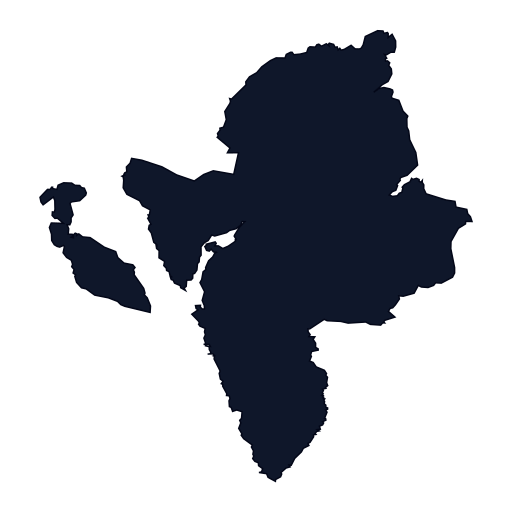 Frogn nor, Akershus, Norway (Natural Earth projection)
{"feature_id": "86288312B20700127257552", "entity_name": "Frogn nor", "entity_type": "district", "adm_level": 2, "iso_a3": "NOR", "parent_name": "Norway", "parent_adm1": "Akershus", "projection": "natural_earth1", "projection_center": [10.666, 59.695], "detail": "fine", "context": "isolated", "style": "filled", "palette": "ink", "viewbox_px": 512, "rotation_deg": 0, "n_neighbors": 0, "source": "geoboundaries", "source_scale": "gbopen_adm2", "svg_char_len": 5992}
<svg xmlns="http://www.w3.org/2000/svg" viewBox="0 0 512 512"><path d="M327.7,385.6L326.6,382.7L327.5,377.3L325.7,375.2L326.5,373.6L324.4,370.3L316.2,366.9L313.2,362.5L309.5,361.0L311.4,356.4L310.6,355.0L311.6,351.5L318.2,350.1L318.1,348.8L315.6,347.4L315.6,343.2L313.1,339.4L314.8,336.8L308.9,336.6L310.1,334.6L308.1,331.7L308.0,328.8L309.7,328.9L324.2,319.3L327.1,320.7L340.8,321.4L348.1,323.1L365.7,322.0L370.4,324.4L380.7,325.1L382.6,322.9L384.6,322.9L383.7,321.9L384.8,320.3L394.9,317.1L388.4,311.4L390.1,308.4L392.7,307.8L395.4,304.8L399.4,299.0L398.7,295.8L403.3,296.2L414.1,293.2L418.3,285.4L421.4,287.0L428.0,287.5L433.6,285.4L435.6,282.8L441.3,283.1L452.5,277.2L454.6,273.0L454.6,267.6L450.8,248.7L451.0,241.5L458.4,228.3L465.5,223.9L465.7,221.4L472.0,221.5L470.4,216.7L467.7,213.7L466.8,209.4L456.0,207.1L455.0,201.4L446.0,200.0L426.1,193.8L423.7,188.7L423.8,184.9L422.2,182.3L422.3,180.5L420.8,182.4L419.1,181.1L419.1,179.5L416.5,178.3L412.9,179.4L411.6,178.4L410.0,181.8L404.4,184.7L402.2,187.2L402.9,187.9L401.8,192.4L399.3,193.2L397.3,195.8L392.5,196.4L389.2,195.0L392.3,191.7L395.8,190.3L397.6,185.6L396.6,184.6L400.3,180.3L399.8,179.0L400.8,177.5L407.1,175.3L417.6,165.1L415.8,152.5L409.7,139.8L408.7,130.9L407.0,127.2L406.8,118.6L407.8,116.1L403.0,111.1L398.8,100.3L392.0,98.2L391.4,96.5L393.0,92.1L392.5,90.0L390.1,88.9L383.9,87.5L379.1,88.5L373.7,92.3L382.4,84.6L388.0,81.5L391.8,73.9L391.3,68.9L388.7,65.4L389.7,62.8L387.6,60.9L385.6,61.1L385.4,58.7L386.7,58.2L384.4,54.4L386.3,54.9L390.7,52.3L394.3,52.2L395.7,47.1L395.6,40.9L392.1,34.3L388.1,37.5L388.2,33.5L387.4,32.5L384.0,33.4L383.0,31.0L377.6,30.7L365.3,36.5L363.2,44.8L361.2,48.2L359.4,49.0L355.1,48.9L351.1,45.3L344.4,49.3L341.2,50.2L339.8,48.3L338.1,49.9L337.2,46.9L335.1,47.3L333.6,44.4L329.3,43.2L328.4,44.3L328.9,45.8L326.3,43.8L321.5,46.2L318.8,44.2L316.9,44.7L315.3,47.1L309.9,46.8L308.2,48.1L306.7,52.5L300.1,54.1L293.8,54.7L292.1,52.3L290.5,52.3L286.3,54.4L285.0,58.0L276.1,57.9L270.4,60.6L261.8,66.8L256.7,72.7L249.5,76.8L245.8,81.8L246.0,84.9L231.5,99.1L229.7,98.6L230.5,101.1L230.0,103.3L224.8,111.5L226.3,119.7L223.5,127.2L219.9,128.2L220.1,130.1L217.5,133.5L218.2,136.1L217.2,137.3L230.0,148.0L227.4,152.8L238.5,152.7L233.7,174.4L213.3,170.8L203.7,174.5L194.3,181.0L176.6,174.9L161.9,166.8L141.8,160.2L131.6,158.4L130.1,163.2L126.4,167.0L126.8,171.8L124.8,172.8L123.9,174.3L124.7,175.0L122.0,176.2L123.2,176.9L123.7,180.3L123.2,187.8L126.9,194.3L139.6,200.7L142.5,205.8L150.3,209.9L149.3,215.0L148.1,214.9L148.9,217.3L147.7,218.2L151.0,224.3L149.2,225.3L148.5,229.1L151.3,232.9L153.8,242.3L156.8,244.6L156.8,245.8L156.1,245.3L156.6,248.5L159.1,250.6L159.0,257.8L164.6,261.4L163.8,265.6L166.3,268.2L166.6,270.5L169.1,271.6L170.0,275.5L171.4,276.7L170.3,276.8L171.2,279.5L173.2,280.2L174.5,283.1L180.3,285.6L180.7,287.7L185.4,290.4L184.1,288.0L186.2,286.4L186.7,280.2L191.1,280.0L192.7,278.2L192.8,274.0L194.6,273.4L196.9,270.0L197.5,263.6L199.1,261.9L199.5,257.2L201.1,255.2L201.0,246.8L204.5,242.6L208.1,240.6L211.7,235.0L214.7,236.0L226.5,232.7L229.6,230.4L236.2,228.7L240.8,224.8L242.0,221.5L244.9,221.6L239.3,227.5L234.7,234.9L234.2,236.1L236.2,239.4L235.2,239.9L235.5,241.2L228.2,246.2L222.8,248.5L218.4,245.9L214.9,245.9L216.2,243.3L215.2,241.9L206.3,244.2L206.9,244.9L204.8,246.5L206.6,250.4L209.3,251.1L211.1,249.1L213.5,251.9L217.4,251.9L214.8,253.1L212.7,257.0L208.6,260.8L205.6,267.6L205.9,269.5L203.1,271.8L201.7,279.6L200.0,282.6L204.6,291.7L202.2,300.4L204.3,305.6L204.5,308.8L202.6,309.2L200.3,307.2L200.5,305.3L195.5,305.6L196.1,308.5L198.0,309.9L191.8,314.2L198.3,320.9L199.5,323.0L198.6,324.2L199.9,326.1L205.2,328.4L204.5,331.9L205.4,334.8L203.9,338.1L205.8,343.8L203.6,344.4L209.1,344.2L210.3,346.4L204.8,345.6L209.2,346.7L209.3,349.6L210.9,352.3L210.0,353.9L207.6,354.1L212.8,353.8L214.5,355.5L213.5,355.9L214.5,356.3L214.1,359.0L220.2,371.0L219.2,373.4L220.4,379.1L223.1,381.2L221.3,383.7L222.9,384.4L222.7,386.2L226.8,393.7L226.5,395.5L229.2,395.8L230.0,398.6L229.0,400.8L229.4,406.6L231.2,407.4L232.6,411.4L236.7,410.0L242.1,411.7L241.5,418.4L239.7,420.3L240.8,422.9L238.7,428.4L242.0,433.9L241.2,435.2L243.7,438.7L252.4,445.1L251.4,447.0L253.5,450.9L252.9,454.3L253.8,456.0L252.7,458.6L254.9,461.4L258.3,462.7L258.6,465.7L262.6,468.6L261.6,471.8L259.0,472.5L266.6,473.7L268.1,477.4L275.4,481.3L275.6,479.5L280.6,476.8L281.7,474.0L280.9,472.6L286.1,468.0L290.1,466.9L289.0,465.0L291.2,465.3L294.7,458.4L301.4,451.9L303.3,448.3L308.9,445.5L307.9,443.4L310.0,442.4L313.6,436.8L313.4,434.8L315.9,434.4L315.0,433.4L316.8,431.4L319.2,430.9L317.2,429.6L320.3,429.2L319.4,426.2L322.6,424.9L323.6,423.0L322.5,421.8L325.9,420.1L325.6,418.6L324.5,418.4L327.0,412.2L325.5,410.0L327.6,409.2L327.6,407.9L325.9,407.5L325.8,405.1L324.2,403.8L324.6,401.5L323.8,400.1L324.7,398.9L323.2,398.6L323.7,397.3L322.6,396.9L323.3,395.7L321.7,395.3L323.2,393.8L322.3,392.7L323.4,390.5L322.5,389.2L325.9,388.3L325.4,387.5L327.7,385.6ZM81.5,187.6L79.7,185.5L74.9,185.3L71.7,183.1L63.6,182.8L58.1,185.2L56.9,189.4L52.6,188.6L52.6,187.2L51.6,187.2L50.3,189.4L47.5,189.4L40.0,197.3L41.0,202.0L43.1,204.8L53.4,197.0L54.8,200.6L55.0,209.3L54.4,212.1L52.4,211.9L52.1,215.4L54.9,218.4L57.4,218.2L63.5,223.4L51.3,223.0L49.4,227.5L51.5,234.2L51.7,240.5L54.3,244.7L57.1,246.4L59.7,247.1L63.5,245.4L64.4,246.6L63.1,252.8L66.6,257.4L71.3,260.2L72.6,264.3L71.7,266.7L74.1,269.5L73.1,273.0L75.6,274.8L74.8,276.4L76.6,282.4L81.5,287.8L86.2,288.9L94.7,295.1L108.3,297.8L117.6,301.4L120.8,304.6L124.8,306.3L150.1,312.4L150.5,306.0L147.2,297.8L144.3,294.8L145.0,293.1L143.7,288.4L134.1,274.7L134.4,272.2L133.3,269.8L135.0,267.5L132.8,264.8L124.0,263.1L117.8,257.6L115.7,251.6L104.3,247.2L90.1,237.6L82.6,236.9L78.8,233.9L76.7,235.4L76.9,233.8L75.2,233.2L73.5,234.7L73.5,237.8L71.1,237.2L72.8,235.8L72.2,234.3L68.2,234.2L68.7,228.7L67.0,224.6L69.8,224.8L71.1,221.9L71.1,217.9L73.1,214.9L70.0,203.4L71.4,201.9L79.7,200.7L85.7,195.1L86.3,192.9L84.3,188.2L81.5,187.6Z" fill="#0f172a" stroke="#020617" stroke-width="1.5"/></svg>